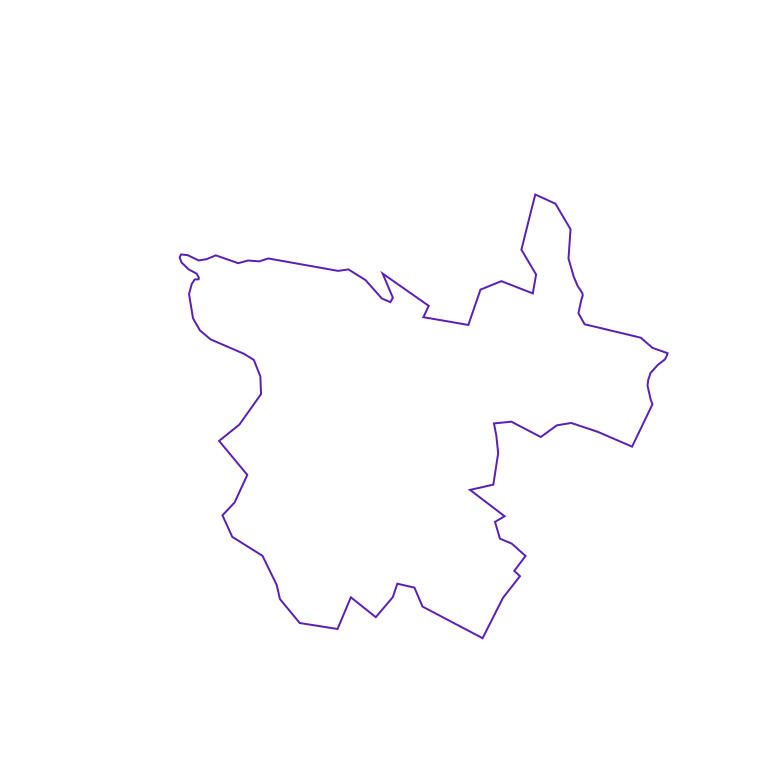 an SVG outline of Limbaži, rotated 214°
{"feature_id": "LVA-1086", "entity_name": "Limbaži", "entity_type": "Municipality", "adm_level": 1, "iso_a3": "LVA", "parent_name": "Latvia", "parent_adm1": "", "projection": "robinson", "projection_center": [24.697, 57.497], "detail": "fine", "context": "isolated", "style": "outline", "palette": "violet", "viewbox_px": 768, "rotation_deg": 214, "n_neighbors": 0, "source": "natural_earth", "source_scale": "10m", "svg_char_len": 1402}
<svg xmlns="http://www.w3.org/2000/svg" viewBox="0 0 768 768"><g transform="rotate(214 384 384)"><path d="M150.1,517.3L143.3,470.8L179.9,463.9L207.0,456.4L217.6,446.4L224.4,427.7L257.3,424.0L270.8,412.8L262.1,404.1L250.6,390.4L237.1,361.7L253.5,344.3L210.1,341.8L214.9,331.8L201.4,320.6L188.9,323.1L170.5,320.6L171.5,301.9L163.8,300.7L165.8,273.3L160.1,228.4L227.6,221.0L244.9,232.2L261.3,225.9L257.5,212.2L260.4,186.1L292.2,188.6L285.5,154.9L320.2,138.7L350.0,147.5L360.6,157.4L388.6,173.6L424.3,172.4L444.5,184.8L441.6,202.3L446.5,232.2L488.9,244.6L481.2,269.5L480.3,306.9L490.7,321.1L505.4,331.2L517.1,330.7L552.7,324.0L566.6,325.5L579.1,331.7L595.9,349.5L599.3,359.3L599.4,364.8L596.3,367.1L596.9,368.6L601.1,370.7L610.0,369.8L619.8,371.5L624.2,374.7L624.7,377.9L619.0,381.0L606.7,382.8L600.7,388.5L595.4,396.6L572.5,402.6L565.8,410.3L556.0,415.9L550.1,423.4L485.3,452.1L477.6,459.1L457.3,459.8L433.7,453.7L424.5,455.4L424.9,460.5L446.9,474.8L390.6,473.8L388.7,461.4L347.1,480.1L356.8,516.2L344.2,534.9L311.3,542.3L319.1,559.8L345.2,572.2L359.7,612.1L364.5,625.7L342.6,629.3L315.9,616.6L301.2,591.2L286.9,579.2L278.2,573.5L270.6,570.4L268.7,568.5L267.5,564.2L262.4,551.4L251.1,545.7L196.9,566.0L189.3,565.0L181.6,564.1L166.1,568.1L165.3,565.2L164.9,561.4L167.7,552.8L169.2,542.2L167.1,534.8L164.5,529.9L154.3,520.3L150.4,517.5L150.1,517.3Z" fill="none" stroke="#5b21b6" stroke-width="2"/></g></svg>